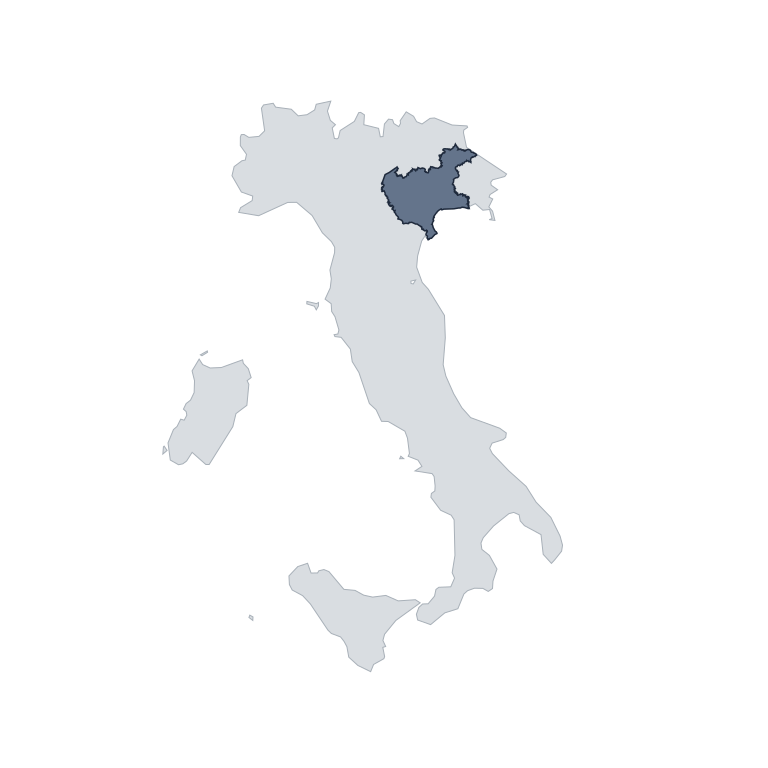 Veneto, Treviso, Italy (highlighted), rotated 23°
{"feature_id": "23120603B96721879872173", "entity_name": "Veneto", "entity_type": "district", "adm_level": 2, "iso_a3": "ITA", "parent_name": "Italy", "parent_adm1": "Treviso", "projection": "orthographic", "projection_center": [12.018, 45.736], "detail": "fine", "context": "in_parent", "style": "filled", "palette": "slate", "viewbox_px": 768, "rotation_deg": 23, "n_neighbors": 0, "source": "geoboundaries", "source_scale": "gbopen_adm2", "svg_char_len": 9816}
<svg xmlns="http://www.w3.org/2000/svg" viewBox="0 0 768 768"><g transform="rotate(23 384 384)"><path d="M172.3,168.9L176.1,171.5L191.3,167.3L200.2,170.7L207.9,166.2L213.1,158.8L212.3,153.0L224.5,144.4L225.3,154.9L231.6,162.3L238.0,164.3L236.3,168.5L242.4,177.4L245.0,176.7L245.9,175.2L244.6,167.8L254.1,153.9L254.7,144.1L256.4,143.1L260.8,143.9L264.1,153.2L279.1,150.8L284.0,157.9L286.4,156.6L282.8,144.5L284.7,138.4L288.6,137.4L291.3,140.4L297.0,141.3L297.4,137.7L296.0,135.3L298.1,124.8L306.6,126.0L311.5,129.8L317.4,129.8L322.6,121.5L326.5,119.4L345.5,119.0L359.6,114.0L360.7,115.1L358.2,119.1L359.0,121.7L367.5,133.9L414.8,142.8L414.1,145.8L404.2,153.6L403.4,156.6L405.0,159.1L412.7,160.8L407.6,168.1L407.7,170.9L411.8,171.2L411.3,180.0L416.4,182.5L422.2,190.1L416.6,191.6L418.8,189.5L413.0,182.1L407.1,185.4L397.6,182.3L391.3,189.4L369.4,198.5L373.2,194.5L371.6,194.4L363.6,199.7L361.8,210.4L368.0,221.0L372.9,224.7L370.7,231.1L367.8,233.6L363.9,231.8L362.8,237.6L364.9,252.9L368.4,263.7L379.5,275.6L387.7,279.4L412.9,297.3L422.4,317.6L430.9,343.1L437.8,352.5L452.0,365.8L464.9,375.4L476.9,381.1L507.8,379.5L515.7,381.3L516.9,385.6L515.5,388.5L506.6,396.2L506.4,401.9L510.9,405.7L532.6,415.1L554.8,422.7L570.1,433.3L589.7,441.6L605.5,455.2L611.3,462.6L612.8,468.5L609.8,479.3L608.2,483.7L597.1,478.6L587.4,461.3L568.6,459.5L562.9,456.8L559.5,451.6L553.6,451.5L549.6,454.6L540.3,471.9L535.4,486.7L535.4,492.5L538.7,498.0L548.0,500.6L560.3,510.2L561.3,522.8L563.8,529.9L561.0,534.2L554.9,533.5L547.1,536.6L541.7,541.6L539.6,546.1L539.8,562.0L529.4,570.9L520.9,587.3L507.2,588.1L503.8,583.3L503.4,576.0L505.5,571.4L510.5,569.1L513.4,559.5L512.1,552.8L513.9,549.7L524.7,544.6L524.8,535.1L520.5,531.1L516.3,514.1L501.6,481.6L497.1,478.5L485.5,478.1L471.4,469.9L470.4,466.2L472.6,462.6L470.9,457.9L466.3,449.6L463.3,447.7L446.5,451.9L451.1,445.0L445.0,440.8L434.5,441.1L434.6,438.1L426.8,424.7L421.7,419.3L402.5,416.9L396.3,419.3L386.8,410.8L378.2,407.7L356.4,383.2L346.0,375.8L339.4,365.0L326.3,357.8L320.3,359.5L318.8,358.1L322.0,356.0L321.4,351.9L312.6,341.2L307.5,337.7L304.0,330.7L296.6,328.9L297.0,316.6L294.4,307.8L289.7,300.2L287.2,282.4L285.2,277.4L280.0,273.5L268.2,268.9L252.0,257.0L232.6,250.9L224.4,254.5L202.8,278.1L183.2,282.8L183.1,277.7L191.0,266.7L189.7,262.3L177.7,263.0L162.7,251.7L161.1,242.4L166.0,234.0L168.8,232.1L167.7,226.3L158.6,220.7L155.3,212.8L155.2,210.2L157.7,209.0L163.2,209.8L172.2,204.9L175.2,197.6L163.4,178.0L164.1,174.2L172.3,168.9ZM371.8,280.5L372.5,275.9L368.5,278.8L369.6,280.9L371.8,280.5ZM502.8,571.3L487.3,597.0L482.3,614.1L483.2,620.5L488.1,625.0L485.8,626.9L491.1,634.7L491.2,636.9L484.0,646.2L484.1,654.0L470.0,653.3L458.3,649.2L452.5,640.3L447.9,636.6L442.9,633.8L433.0,634.2L428.6,632.5L402.1,615.2L391.8,610.6L380.0,609.5L375.3,605.6L371.5,597.8L376.0,585.7L383.7,578.9L390.7,586.5L396.7,583.9L397.0,581.4L401.2,578.3L406.6,578.2L427.3,588.7L438.0,585.3L447.8,586.3L456.8,584.6L468.3,577.9L481.8,578.1L497.2,570.3L502.8,571.3ZM259.7,437.1L266.1,457.2L259.3,469.1L261.5,482.3L254.5,526.4L251.4,527.7L234.1,521.9L232.4,532.0L230.0,536.1L226.4,538.6L217.0,537.5L208.2,522.6L208.0,508.2L210.1,504.0L210.6,495.8L214.2,495.4L214.7,489.8L212.7,486.7L209.2,485.5L209.5,479.3L212.2,474.5L212.6,466.1L208.3,455.0L202.2,446.9L204.1,433.3L209.5,437.0L217.7,437.2L227.8,432.4L244.4,417.0L246.4,419.9L253.1,422.9L259.2,430.0L256.7,434.4L259.7,437.1ZM291.9,334.6L293.2,337.8L292.7,342.2L289.5,339.6L281.6,340.4L280.8,338.1L290.4,336.4L291.9,334.6ZM210.3,529.9L207.8,534.9L205.5,528.0L205.9,527.1L210.3,529.9ZM209.2,423.7L205.4,429.1L203.6,428.9L208.4,422.6L209.2,423.7ZM355.6,652.9L350.9,651.7L350.8,649.2L354.4,649.6L355.6,652.9ZM431.3,445.0L427.6,446.7L427.7,443.9L431.3,445.0Z" fill="#d9dde1" stroke="#a8b0b8" stroke-width="1"/><path d="M332.2,225.1L332.2,226.3L332.4,226.7L333.8,226.3L336.4,226.4L338.1,227.6L338.4,228.7L339.3,228.9L341.3,227.5L343.7,226.9L344.1,226.5L343.9,225.7L344.1,225.3L345.5,224.9L346.3,224.3L350.7,224.4L352.1,223.8L354.1,224.3L355.3,224.3L355.8,224.7L356.5,224.5L356.7,224.8L357.1,224.6L357.2,225.0L357.8,225.3L358.2,226.6L358.8,226.8L359.4,226.7L359.4,226.3L359.8,226.1L360.5,226.9L361.9,227.1L362.4,226.5L362.9,226.5L363.0,226.1L363.2,226.3L363.8,226.0L364.4,226.9L364.0,227.8L364.1,229.7L364.4,230.4L366.2,230.9L366.7,232.7L368.3,234.0L369.0,233.2L369.2,232.8L368.9,232.5L369.5,231.9L370.8,231.2L372.4,226.6L374.0,224.8L373.8,224.4L372.6,223.5L371.5,223.4L370.0,222.3L368.1,220.7L367.0,219.3L367.1,219.0L367.0,219.3L366.2,218.4L365.6,218.3L365.9,217.8L365.6,216.1L365.9,214.5L365.7,214.5L365.3,213.5L365.0,213.5L364.6,211.6L364.7,211.0L365.1,211.1L365.1,210.8L364.5,210.7L364.4,210.2L365.3,206.0L365.5,205.6L366.2,205.5L365.6,205.4L365.7,204.5L366.8,202.3L368.2,200.5L369.2,201.1L370.7,199.7L379.9,195.4L384.1,192.7L385.4,192.2L386.8,190.7L389.3,190.0L392.9,189.7L393.9,189.2L393.4,188.7L393.1,188.8L393.2,188.3L392.5,188.4L392.6,187.6L391.7,186.9L392.1,186.4L391.5,186.2L391.8,186.0L391.5,185.7L391.5,185.0L391.1,184.8L391.1,184.3L390.4,184.9L390.7,184.0L390.1,183.6L390.3,183.3L390.0,183.1L390.5,182.9L389.4,182.2L389.5,181.7L389.0,181.4L389.7,181.1L389.3,181.1L389.1,180.6L389.2,180.2L389.6,180.5L389.8,180.2L389.1,179.9L389.4,179.6L389.1,179.7L389.3,179.2L388.8,179.1L388.6,178.5L388.2,178.7L388.2,179.4L388.5,179.8L388.2,179.9L387.5,180.1L387.1,179.3L386.9,179.7L386.7,179.5L386.1,180.0L385.5,179.7L385.3,179.2L385.5,178.7L385.4,178.4L385.2,178.6L384.9,178.3L384.1,178.5L384.1,178.8L383.4,179.2L383.4,179.7L383.0,180.0L382.7,179.3L382.9,178.7L382.0,178.2L380.6,179.6L380.2,179.1L379.1,180.6L378.0,181.5L377.2,181.0L377.4,180.6L377.1,180.4L377.2,180.0L376.7,180.2L376.6,179.5L376.0,179.5L375.7,179.1L375.2,179.5L375.4,179.9L375.2,180.3L374.2,179.4L374.0,179.7L373.7,179.6L373.8,179.2L373.6,179.0L373.9,178.6L373.6,178.5L373.5,177.9L372.9,177.8L373.1,177.5L372.8,177.0L373.0,176.7L372.5,176.7L372.0,176.0L372.6,175.7L372.1,175.4L372.0,174.7L370.4,174.1L370.5,173.7L370.1,173.4L369.0,173.4L368.9,173.0L369.1,170.9L368.8,170.2L368.6,169.2L368.0,168.5L369.4,166.2L371.1,165.2L371.6,163.8L371.5,162.6L369.7,161.2L369.6,160.2L369.7,159.8L368.3,159.8L368.0,159.6L368.3,159.1L368.1,158.7L367.2,159.0L366.4,158.6L366.3,158.3L365.8,158.1L365.6,157.4L365.3,157.3L365.2,156.6L365.5,155.8L366.4,155.3L366.3,154.0L367.2,153.3L368.4,153.5L368.8,152.7L368.6,152.1L369.0,152.2L370.0,151.5L369.9,151.2L370.3,151.3L370.0,150.1L370.5,150.2L371.5,149.0L371.3,148.4L371.8,147.5L372.6,147.1L372.7,146.3L373.0,146.7L374.0,145.6L375.4,146.3L375.9,145.7L377.4,146.1L377.1,145.2L376.2,144.4L375.8,142.2L376.5,140.6L376.7,140.4L377.1,140.7L378.3,139.2L379.0,139.0L378.9,138.1L379.9,137.4L379.3,136.6L377.9,136.2L376.6,136.4L376.2,136.0L375.8,136.0L373.8,136.5L372.1,135.1L370.7,135.0L369.1,135.6L368.1,137.0L367.2,137.0L367.1,137.3L367.6,137.8L367.4,138.0L366.5,138.2L365.7,137.5L364.9,137.7L364.9,138.0L364.5,138.2L363.7,138.3L362.9,137.7L360.5,139.5L360.6,138.1L360.1,138.2L359.4,137.3L358.8,137.5L358.5,137.0L356.0,135.3L356.1,136.1L355.9,136.5L356.2,137.0L355.8,138.1L355.1,138.9L355.3,139.3L355.2,140.1L353.5,142.8L353.1,142.1L352.3,142.2L351.7,142.4L351.6,143.0L350.4,142.8L349.5,143.3L348.2,143.6L346.9,144.5L346.7,145.3L346.9,145.7L349.1,146.0L349.4,146.3L349.5,147.5L348.9,148.0L348.1,147.9L347.7,148.9L347.9,149.2L347.5,150.4L347.6,151.5L347.0,150.9L346.8,151.4L346.0,151.4L345.4,151.9L345.6,152.4L346.4,152.7L346.4,153.2L347.4,153.6L347.4,154.3L347.8,154.6L347.2,155.8L347.7,156.5L349.4,156.1L349.4,157.0L349.6,157.4L350.1,157.3L351.0,157.7L350.3,158.9L350.8,159.3L351.3,160.3L352.2,160.2L352.2,160.8L351.7,161.2L351.7,161.8L350.9,161.5L350.6,162.6L350.7,162.9L350.0,163.5L349.7,164.3L347.0,165.0L346.8,165.3L345.3,165.1L344.8,165.7L344.5,165.2L344.1,165.2L343.2,165.3L342.8,165.9L342.1,165.8L342.1,167.2L342.8,167.8L342.9,168.3L341.8,168.2L341.4,168.7L342.0,169.2L341.4,169.8L342.2,171.2L342.0,171.5L342.1,172.3L341.6,172.5L340.0,172.7L340.1,172.3L339.7,172.1L339.4,172.4L338.9,172.1L338.5,172.3L338.1,170.3L336.8,169.9L335.3,170.1L334.9,170.2L334.7,170.7L334.2,170.7L333.4,171.6L330.7,171.5L331.0,173.6L330.2,173.5L330.1,174.5L329.7,174.7L329.8,175.3L328.8,174.8L328.5,174.2L328.2,174.4L328.1,173.8L328.2,174.9L326.5,174.7L326.7,174.9L326.5,175.6L326.1,175.8L326.4,176.6L326.0,176.5L325.6,176.9L326.0,177.0L325.8,178.1L325.1,178.5L325.0,179.3L324.4,179.6L323.9,180.3L324.0,180.9L324.3,181.0L324.1,181.3L324.5,181.9L323.3,181.7L323.6,182.8L323.4,183.7L323.5,184.3L322.3,185.3L322.0,185.7L322.0,186.4L321.4,186.8L321.4,186.5L321.1,186.4L320.4,186.6L319.0,185.2L318.5,185.9L317.5,185.9L317.6,185.2L317.2,185.6L316.7,185.7L316.9,186.2L316.6,186.6L315.8,187.2L315.9,186.1L315.6,186.9L315.1,186.9L314.9,187.5L314.6,187.5L313.7,186.7L314.2,186.2L313.9,185.9L312.6,185.2L311.2,185.1L311.5,184.2L311.9,183.8L312.1,182.7L312.5,182.7L312.5,182.3L312.8,182.2L312.3,181.5L312.5,180.7L312.9,180.3L311.2,179.1L310.9,180.0L310.1,180.9L306.2,187.2L303.2,190.8L303.7,198.8L303.8,199.1L302.9,199.6L303.9,199.5L303.7,200.0L304.0,200.2L303.7,200.7L304.1,200.9L304.4,200.2L306.3,200.9L306.4,201.9L305.9,202.7L305.6,202.8L306.2,203.4L305.8,203.9L305.1,204.1L305.2,204.7L306.2,205.2L305.9,206.1L306.8,206.2L306.7,207.4L307.0,207.6L308.7,206.2L310.4,207.8L311.0,209.3L312.2,209.5L312.2,209.9L312.9,209.8L313.0,210.3L314.3,210.6L314.1,210.9L314.2,211.6L314.7,212.0L316.0,212.4L316.5,213.0L316.3,213.3L316.5,213.5L316.5,214.1L316.4,215.0L316.8,214.8L317.0,215.0L317.6,214.5L317.8,215.0L318.4,215.0L318.1,215.3L318.2,215.8L317.6,216.4L319.3,217.7L320.1,217.9L320.0,217.3L320.3,216.9L321.3,217.5L321.6,216.4L322.0,216.3L323.5,217.2L324.1,217.1L323.1,217.8L323.1,218.3L323.5,218.5L323.0,219.0L323.0,219.8L324.0,219.8L325.4,220.7L326.4,220.0L326.5,220.6L326.2,221.2L326.6,222.0L327.9,222.3L328.9,223.5L331.9,224.7L332.2,225.1Z" fill="#64748b" stroke="#1e293b" stroke-width="1.5"/></g></svg>